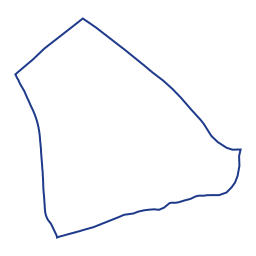 outline of Beausejour/Fostin'S Development, Gros Islet, Saint Lucia
{"feature_id": "8701671B34711583072149", "entity_name": "Beausejour/Fostin'S Development", "entity_type": "district", "adm_level": 2, "iso_a3": "LCA", "parent_name": "Saint Lucia", "parent_adm1": "Gros Islet", "projection": "robinson", "projection_center": [-60.93, 14.075], "detail": "fine", "context": "isolated", "style": "outline", "palette": "blue", "viewbox_px": 256, "rotation_deg": 0, "n_neighbors": 0, "source": "geoboundaries", "source_scale": "gbopen_adm2", "svg_char_len": 2213}
<svg xmlns="http://www.w3.org/2000/svg" viewBox="0 0 256 256"><path d="M240.6,149.5L239.1,149.5L232.5,149.7L226.6,147.8L217.8,142.1L211.4,136.0L203.9,124.1L200.8,120.1L191.5,109.9L180.9,97.7L172.6,89.1L163.3,80.7L152.8,72.7L144.8,66.0L143.9,65.2L142.1,63.8L140.5,62.5L124.3,49.4L118.7,45.1L95.8,27.4L82.8,18.5L70.6,28.1L66.1,31.6L48.5,45.3L44.3,48.6L32.8,59.6L28.0,63.6L18.9,71.3L15.4,74.4L15.7,75.0L16.4,76.5L17.0,77.8L17.7,78.9L18.3,79.9L18.7,80.9L19.2,82.0L19.7,83.1L20.2,84.1L20.9,85.2L21.5,86.4L22.2,87.5L22.9,88.7L23.4,89.6L23.7,90.1L24.2,90.9L24.7,92.1L25.3,93.5L25.9,94.8L26.4,96.0L26.9,97.2L27.5,98.4L28.1,99.7L28.7,101.0L29.3,102.3L29.9,103.7L30.5,105.1L31.1,106.5L31.8,107.9L32.5,109.3L33.2,110.8L33.8,112.2L34.4,113.7L35.0,115.2L35.5,116.7L36.0,118.1L36.5,119.6L36.9,121.0L37.3,122.3L37.6,123.5L37.9,124.8L38.2,126.1L38.5,127.4L38.7,128.8L39.0,130.2L39.2,131.6L39.4,133.0L39.6,134.4L39.7,135.8L39.9,137.2L40.0,138.7L40.1,140.1L40.2,141.5L40.4,142.9L40.5,144.3L40.6,145.7L40.8,147.1L40.9,148.4L41.0,149.8L41.0,151.2L41.1,152.5L41.2,153.8L41.3,155.1L41.4,156.4L41.5,157.7L41.6,158.9L41.7,160.2L41.8,161.4L41.9,162.6L42.0,163.8L42.1,165.0L42.2,166.3L42.2,167.7L42.4,169.1L42.5,170.6L42.7,171.9L42.7,173.0L42.7,174.2L42.8,175.5L42.9,176.7L43.0,177.9L43.0,179.3L43.1,180.6L43.1,182.0L43.2,183.4L43.2,184.7L43.3,186.1L43.3,187.5L43.4,188.9L43.5,190.3L43.6,191.7L43.7,193.2L43.9,194.6L44.0,196.0L44.1,197.5L44.2,198.9L44.3,200.4L44.4,201.8L44.5,203.1L44.6,204.3L44.7,205.6L44.7,206.7L44.8,207.9L44.9,209.1L45.0,210.2L45.1,211.2L45.2,212.2L45.4,213.1L45.6,214.0L45.8,214.9L46.1,215.7L46.4,216.6L46.7,217.4L47.1,218.3L47.5,219.1L47.9,219.8L48.3,220.4L48.9,221.1L49.5,221.9L50.1,222.6L50.6,223.3L51.0,223.8L56.7,235.7L57.0,237.5L58.4,237.0L59.5,236.6L79.7,231.1L84.7,229.6L93.3,227.2L102.1,223.7L110.2,220.5L119.0,217.0L124.0,214.8L127.8,214.3L133.3,213.5L138.3,211.6L144.1,210.3L149.1,209.7L154.1,209.3L159.0,209.8L164.1,207.6L169.6,203.1L171.5,202.7L175.5,202.8L178.5,202.3L184.7,200.4L190.2,199.0L195.9,196.3L198.9,195.7L203.7,195.7L207.2,195.2L214.2,195.1L219.2,195.1L226.5,192.5L231.5,187.4L235.0,182.6L237.6,175.8L239.4,165.9L239.1,156.0L240.6,149.5Z" fill="none" stroke="#1e3a8a" stroke-width="2"/></svg>